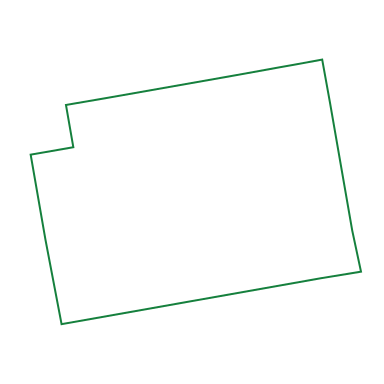 Clark, Wisconsin, United States of America, rotated 80°
{"feature_id": "52423323B98849496539352", "entity_name": "Clark", "entity_type": "district", "adm_level": 2, "iso_a3": "USA", "parent_name": "United States of America", "parent_adm1": "Wisconsin", "projection": "mercator", "projection_center": [-90.632, 44.728], "detail": "fine", "context": "isolated", "style": "outline", "palette": "green", "viewbox_px": 384, "rotation_deg": 80, "n_neighbors": 0, "source": "geoboundaries", "source_scale": "gbopen_adm2", "svg_char_len": 366}
<svg xmlns="http://www.w3.org/2000/svg" viewBox="0 0 384 384"><g transform="rotate(80 192 192)"><path d="M299.8,39.4L257.8,40.9L214.0,40.8L127.9,40.6L84.2,40.8L84.4,69.7L84.4,84.2L84.6,127.8L84.6,258.0L84.4,301.0L127.3,301.1L127.2,344.4L213.4,344.6L299.4,343.4L299.5,343.4L299.4,213.8L299.3,79.8L299.8,39.4Z" fill="none" stroke="#15803d" stroke-width="2"/></g></svg>